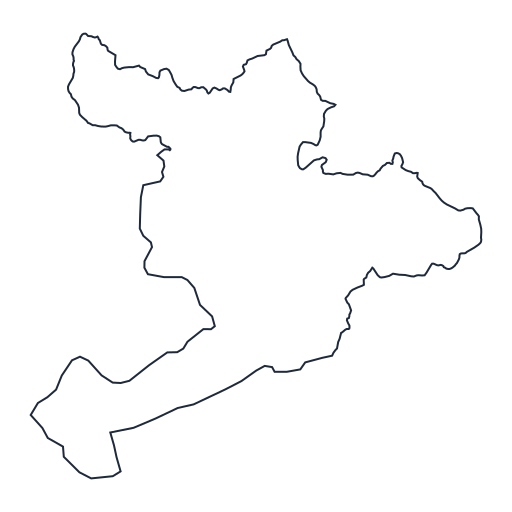 Noyemberyan, Tavush, Armenia
{"feature_id": "60910142B91893533127348", "entity_name": "Noyemberyan", "entity_type": "district", "adm_level": 2, "iso_a3": "ARM", "parent_name": "Armenia", "parent_adm1": "Tavush", "projection": "natural_earth1", "projection_center": [44.992, 41.129], "detail": "fine", "context": "isolated", "style": "outline", "palette": "slate", "viewbox_px": 512, "rotation_deg": 0, "n_neighbors": 0, "source": "geoboundaries", "source_scale": "gbopen_adm2", "svg_char_len": 5898}
<svg xmlns="http://www.w3.org/2000/svg" viewBox="0 0 512 512"><path d="M120.6,471.4L116.5,457.0L114.0,445.4L110.3,432.5L133.6,427.8L155.6,418.5L177.7,408.0L193.6,404.4L225.5,389.3L241.4,381.1L256.2,370.6L264.7,365.9L272.1,367.1L274.6,371.8L286.8,371.8L300.3,369.4L305.2,362.4L322.4,357.8L332.1,355.7L333.5,352.7L335.5,350.0L337.0,348.5L338.2,342.0L339.6,338.8L341.1,332.9L342.1,332.4L345.3,329.7L346.7,329.0L348.6,329.0L349.3,328.6L349.5,327.1L349.4,325.5L348.2,323.4L346.9,320.3L347.2,318.6L348.8,318.1L349.3,316.5L349.4,314.5L350.1,313.4L351.1,310.4L348.9,304.3L347.3,302.6L345.5,298.8L345.8,297.9L348.1,295.4L350.5,291.5L352.6,289.8L357.5,287.5L362.0,285.8L363.9,284.8L363.7,279.6L364.2,278.8L366.3,277.5L366.9,274.9L368.1,272.8L370.2,271.0L372.3,267.7L373.3,268.5L377.7,275.2L379.9,277.2L381.4,277.5L384.4,277.1L389.2,275.9L393.0,273.7L399.2,274.7L405.2,275.0L411.2,276.3L413.9,276.5L416.7,275.4L418.7,275.2L422.0,275.5L424.6,275.3L426.5,272.7L431.2,264.8L432.1,263.7L433.7,263.7L437.1,265.2L438.5,265.4L440.5,264.9L441.7,265.1L443.3,266.0L443.8,267.2L445.1,267.7L446.3,268.6L448.2,269.0L449.4,269.0L450.9,268.5L452.5,267.6L455.0,265.5L455.5,264.6L456.9,263.1L458.8,259.5L459.4,257.7L459.5,255.3L459.8,254.1L461.1,253.4L464.5,253.3L465.6,253.0L466.8,251.9L474.3,247.6L478.5,244.7L480.3,243.0L481.0,241.8L481.3,239.8L481.0,237.6L481.3,232.2L481.2,228.8L480.3,224.6L478.8,219.4L478.9,216.3L477.9,214.8L476.6,213.4L472.8,208.4L470.9,208.1L467.5,208.2L465.1,208.7L463.5,209.7L460.3,210.6L458.3,210.4L455.0,208.4L446.9,204.5L444.0,202.6L441.7,200.6L439.6,198.2L435.6,193.0L433.6,191.1L431.8,189.1L430.4,188.1L425.0,185.9L423.7,185.1L423.0,184.2L422.5,183.2L422.2,181.7L419.9,180.1L417.8,178.2L417.2,176.5L417.7,173.0L416.9,172.8L414.8,173.2L413.0,173.2L411.0,171.8L408.3,171.1L405.7,170.1L401.6,167.4L401.4,166.0L402.4,164.2L403.1,162.2L402.1,158.1L401.0,155.8L399.7,154.1L397.9,153.2L396.6,153.0L394.8,153.5L393.6,156.5L393.2,158.5L392.4,160.5L392.8,162.4L392.4,163.9L390.9,163.9L389.4,162.8L386.9,163.0L385.0,164.9L382.9,165.9L380.5,168.7L379.7,170.3L378.0,171.2L376.5,172.7L375.3,174.3L373.8,175.8L372.8,176.3L371.0,176.2L367.7,174.7L362.7,174.3L359.7,173.0L357.8,172.6L355.9,173.0L353.3,174.6L350.9,174.7L347.7,174.7L342.6,173.9L340.5,172.9L336.6,173.3L333.3,174.4L328.4,173.7L325.8,173.9L323.4,173.0L322.9,171.7L322.9,170.1L321.4,166.8L321.9,165.0L325.7,162.2L326.7,159.8L325.5,158.1L322.6,157.3L319.2,159.2L317.0,159.4L313.9,160.4L305.7,167.7L303.3,169.3L302.0,169.3L300.0,168.2L299.1,166.9L298.2,165.2L297.7,160.1L297.6,156.7L298.1,153.2L299.6,146.6L300.9,144.6L303.0,142.1L305.1,142.1L311.0,142.9L313.5,144.0L315.4,145.2L316.5,145.4L317.7,144.7L319.7,140.4L320.6,136.8L320.6,132.5L320.9,130.4L322.0,128.5L323.4,126.4L324.2,121.2L324.3,118.5L323.8,116.5L324.0,113.9L325.9,110.7L327.6,109.0L331.1,107.3L334.1,106.3L335.4,104.8L333.7,103.9L330.2,103.2L325.4,100.9L322.6,100.8L321.0,99.8L320.2,96.6L319.2,95.1L317.6,93.6L316.8,91.8L316.6,89.3L315.8,87.3L314.7,85.8L312.6,84.2L310.0,82.7L308.1,81.1L303.8,76.2L302.0,73.4L300.6,70.3L300.4,66.6L300.5,63.8L298.8,61.1L296.5,59.1L295.3,57.0L293.5,55.4L292.3,52.3L288.8,45.0L287.7,40.9L287.0,39.2L284.1,40.2L282.2,40.3L280.3,41.6L273.2,44.6L271.7,45.9L271.1,47.8L270.0,48.9L266.5,50.6L265.9,54.3L264.3,55.2L257.6,56.0L252.1,58.6L249.5,59.4L247.5,60.4L246.7,63.0L246.0,64.2L243.7,64.8L242.9,66.5L244.2,70.0L244.5,71.4L243.6,72.7L242.3,74.2L240.6,75.5L233.6,79.0L233.3,82.4L231.6,85.4L230.9,87.2L230.7,89.7L230.3,91.9L229.0,91.7L227.4,90.0L224.8,88.4L223.0,88.4L221.7,89.4L219.7,90.2L218.5,89.8L216.5,88.5L214.4,87.6L212.7,88.4L209.7,92.8L208.4,93.5L207.4,92.4L206.8,90.6L206.1,89.6L203.3,87.2L201.1,87.3L199.6,88.1L197.9,88.1L195.5,87.1L193.7,87.0L192.6,87.8L191.4,89.3L188.6,89.6L184.4,91.0L181.9,90.7L180.4,89.5L179.6,87.9L177.3,86.8L175.6,84.4L173.6,81.1L172.4,77.9L171.5,74.8L170.2,72.4L168.8,70.0L166.5,68.7L164.0,69.1L160.4,70.6L159.5,72.3L159.4,75.1L158.8,77.5L158.1,78.2L156.1,77.9L152.7,76.1L148.2,74.4L145.9,71.5L145.1,69.1L140.2,67.0L139.0,65.6L133.1,67.2L129.2,67.1L124.2,67.6L121.9,68.2L120.0,69.2L117.9,68.7L116.4,66.9L115.1,64.9L115.0,61.5L115.5,55.2L108.2,50.9L107.6,49.8L107.3,47.6L106.0,46.2L104.4,45.2L102.1,44.9L100.9,43.7L99.8,40.2L98.8,39.3L98.2,37.5L97.5,36.6L95.9,37.3L94.8,37.5L92.4,36.8L91.8,36.3L88.1,36.0L86.1,33.9L85.3,33.6L83.5,33.8L82.2,34.6L80.5,37.1L79.9,39.3L78.9,41.3L74.8,46.7L73.5,49.2L72.5,52.2L72.4,54.3L73.3,56.4L73.6,57.9L73.6,59.8L74.0,60.9L73.4,62.1L73.0,64.0L73.0,65.5L73.5,66.6L74.0,68.4L74.2,70.6L74.1,72.0L73.5,73.6L73.3,75.7L72.8,77.9L68.9,84.5L68.0,86.8L68.1,89.3L68.6,91.3L69.7,93.0L70.9,94.2L71.5,96.7L72.7,98.4L75.0,100.2L78.0,104.7L79.0,107.7L79.2,112.9L79.9,114.7L82.1,117.0L86.5,120.8L88.1,123.0L89.4,123.3L92.7,125.2L95.2,125.2L98.0,126.0L101.1,126.5L104.1,126.6L105.6,126.6L107.7,126.2L111.0,125.3L114.2,125.3L116.8,125.5L119.4,127.4L121.5,128.2L123.2,129.6L124.6,131.6L126.0,132.3L128.3,132.8L129.8,132.7L130.4,132.9L130.1,134.6L130.4,136.2L130.2,138.3L130.9,139.8L131.8,140.8L133.0,141.6L134.3,141.6L138.5,139.8L140.2,139.8L142.3,140.4L143.7,140.5L145.3,140.1L148.1,136.4L153.4,135.7L156.7,135.6L158.9,136.2L160.3,137.3L160.8,142.1L161.3,143.2L162.0,144.1L167.0,146.8L168.5,146.8L170.4,148.7L170.4,149.6L169.8,150.2L168.6,149.4L164.5,149.4L161.2,151.8L157.3,155.2L163.5,160.6L164.3,166.5L162.0,172.0L163.4,176.8L160.2,181.4L143.3,185.2L140.9,197.2L140.2,213.7L139.8,228.6L143.3,235.8L150.9,242.4L152.0,247.1L144.5,261.2L144.4,267.7L147.9,274.2L163.8,277.1L181.7,277.1L187.4,280.0L194.3,287.9L200.0,304.9L212.1,316.4L214.8,326.2L211.0,329.2L203.4,329.1L187.5,341.7L183.3,348.6L177.2,352.2L167.3,352.4L149.1,365.2L129.4,380.8L120.7,383.0L112.7,382.6L101.6,375.4L88.3,360.6L80.0,356.7L72.0,360.3L61.8,375.5L56.1,389.6L47.4,397.2L37.9,403.0L30.7,415.0L42.4,428.0L47.8,438.0L63.0,446.6L63.8,456.8L79.4,472.3L91.2,478.4L112.8,476.2L120.6,471.4Z" fill="none" stroke="#1e293b" stroke-width="2"/></svg>